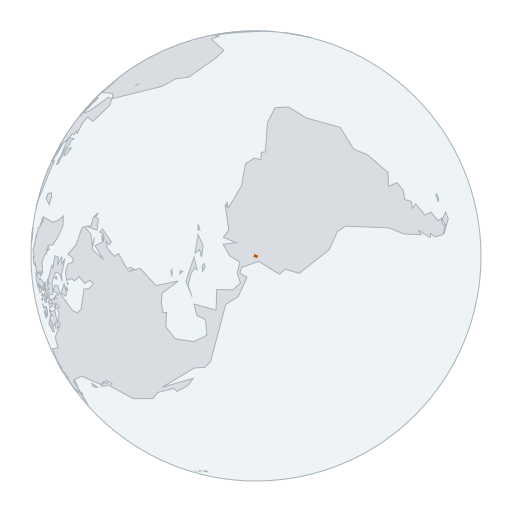 Quindío highlighted on a globe, orthographic projection, rotated 264°
{"feature_id": "COL-1400", "entity_name": "Quindío", "entity_type": "Department", "adm_level": 1, "iso_a3": "COL", "parent_name": "Colombia", "parent_adm1": "", "projection": "orthographic", "projection_center": [-75.678, 4.399], "detail": "fine", "context": "on_globe", "style": "filled", "palette": "amber", "viewbox_px": 512, "rotation_deg": 264, "n_neighbors": 0, "source": "natural_earth", "source_scale": "10m", "svg_char_len": 7946}
<svg xmlns="http://www.w3.org/2000/svg" viewBox="0 0 512 512"><g transform="rotate(264 256 256)"><circle cx="256" cy="256" r="225" fill="#eef3f6" stroke="#a8b0b8"/><path d="M246.3,240.6L240.9,238.2L235.7,244.8L217.5,234.0L211.1,220.8L156.2,200.0L150.7,193.5L151.0,182.8L135.3,149.0L140.9,180.8L134.3,174.6L129.5,163.3L132.9,160.5L130.6,144.3L125.0,138.5L126.9,119.4L142.6,96.2L144.0,99.5L147.6,94.2L146.1,90.0L144.2,88.6L154.7,70.0L152.1,62.4L143.9,65.3L151.5,61.2L131.0,71.0L124.9,73.5L136.4,67.7L141.0,65.0L139.1,64.7L143.5,62.0L145.1,60.5L150.5,57.5L156.8,55.2L160.4,53.4L158.8,53.4L163.3,51.0L165.0,51.1L172.9,47.1L184.9,44.0L185.2,49.5L196.3,47.8L208.6,54.2L212.0,52.1L218.7,54.2L225.2,52.8L225.6,55.0L230.4,52.1L228.8,50.3L230.3,48.6L234.0,47.8L235.2,50.3L233.5,51.1L235.8,51.5L234.8,53.2L237.3,51.9L238.3,55.5L242.8,50.9L248.1,53.0L247.3,55.8L240.3,56.7L221.1,67.7L218.2,72.0L221.0,76.4L241.2,81.5L240.9,86.2L245.6,91.7L249.0,88.1L246.6,82.7L254.1,78.1L250.2,72.8L252.7,70.4L251.6,65.1L259.3,64.9L267.6,67.7L268.9,72.4L272.6,74.1L277.5,69.2L286.0,78.3L301.9,85.7L303.3,88.6L294.9,94.0L279.2,94.3L268.3,104.0L283.1,97.0L286.3,105.5L290.0,106.9L294.4,106.4L296.2,103.1L298.9,106.2L285.2,113.6L282.6,110.8L286.9,108.3L279.6,108.8L270.4,115.1L272.8,119.6L256.5,126.5L257.9,130.0L255.2,133.9L253.9,127.6L255.8,139.5L237.0,153.5L239.3,175.9L228.7,158.7L219.8,157.0L209.2,157.7L209.3,161.2L195.0,158.9L182.1,167.0L177.3,185.0L182.3,198.9L198.2,199.1L203.0,191.1L214.7,189.3L206.3,210.7L226.8,213.4L224.7,229.5L230.7,237.8L240.9,235.5L251.5,239.3L259.0,229.8L271.1,224.5L271.4,237.6L278.0,225.5L284.8,231.7L308.8,230.7L307.0,233.8L327.2,248.9L348.7,255.2L353.7,264.8L351.1,270.8L358.5,272.3L358.6,276.2L387.3,281.3L401.5,290.5L400.7,304.1L388.1,320.2L375.1,353.1L352.0,364.4L345.1,377.3L325.2,396.1L311.4,395.0L314.3,403.9L305.8,409.4L296.5,409.9L294.0,416.2L287.1,416.4L291.1,420.4L279.0,428.3L281.3,434.6L272.2,440.8L274.0,444.3L270.9,444.2L267.4,445.5L266.8,447.5L257.8,444.2L256.2,436.1L260.2,431.9L256.1,431.2L264.6,420.2L259.9,422.4L262.5,405.4L270.1,391.0L276.4,348.1L271.8,339.5L254.7,329.5L234.2,297.1L239.9,283.6L235.4,277.4L250.3,258.2L246.3,240.6ZM46.1,186.0L47.8,181.0L47.5,184.1L46.1,186.0ZM48.3,178.0L47.8,179.7L48.2,178.3L48.3,178.0ZM48.3,177.1L48.3,177.7L48.1,177.5L48.3,177.1ZM47.9,176.5L48.2,176.6L48.1,176.8L47.9,176.5ZM238.2,183.7L261.5,194.3L248.3,196.0L250.8,193.8L244.9,189.4L233.8,185.4L222.2,188.1L238.2,183.7ZM48.2,174.0L48.3,173.3L48.7,172.8L48.2,174.0ZM248.5,170.9L244.4,170.2L248.4,170.0L248.5,170.9ZM142.7,88.6L145.6,90.3L145.4,95.4L142.4,94.2L142.7,88.6ZM143.8,80.1L146.4,79.7L142.2,84.6L142.0,83.3L143.8,80.1ZM137.1,68.4L138.6,68.5L135.6,69.5L137.1,68.4ZM144.4,60.9L142.5,61.9L144.1,60.8L144.4,60.9ZM247.4,65.7L249.4,65.4L248.6,66.5L247.4,65.7ZM244.9,63.9L242.5,65.4L240.9,64.8L242.5,63.8L244.9,63.9ZM153.9,55.4L157.0,53.7L154.9,54.9L153.9,55.4ZM248.3,62.2L238.5,63.5L235.9,62.5L239.6,58.2L248.3,62.2ZM170.7,47.5L166.6,49.2L164.5,50.3L163.0,50.9L159.6,52.4L163.0,50.8L170.7,47.5ZM226.7,50.2L228.6,51.9L223.6,51.3L226.7,50.2ZM223.1,50.2L205.7,52.0L204.7,49.4L210.7,49.1L206.7,46.9L214.8,44.7L218.9,45.4L217.9,47.4L221.7,45.2L223.1,50.2ZM186.2,41.8L185.2,42.1L184.3,42.4L186.2,41.8ZM230.5,47.9L227.1,48.2L226.0,45.9L232.7,44.8L230.9,45.9L230.5,47.9ZM201.7,47.6L202.1,46.0L208.8,43.7L209.8,42.8L215.0,44.4L201.7,47.6ZM233.0,46.0L236.1,44.4L240.0,44.9L233.8,47.4L233.0,46.0ZM222.9,45.9L222.7,44.9L225.0,45.0L222.9,45.9ZM255.3,46.5L251.2,46.5L250.3,45.3L255.3,46.5ZM237.0,43.8L235.7,43.7L234.9,43.3L237.7,42.4L237.0,43.8ZM219.3,42.9L222.0,42.4L217.5,42.1L222.3,40.7L224.9,42.2L225.8,41.0L227.3,40.6L227.7,42.3L219.3,42.9ZM238.0,40.6L242.9,42.6L250.7,42.6L251.8,43.6L239.0,43.5L238.0,40.6ZM231.9,41.4L235.9,41.0L235.2,42.2L232.0,43.3L231.9,41.4ZM224.7,39.4L216.6,41.1L216.4,40.8L224.7,39.4ZM240.4,40.3L239.2,39.8L241.1,40.1L240.4,40.3ZM229.7,39.3L226.9,39.8L226.6,39.4L229.7,39.3ZM239.0,38.7L240.6,39.2L238.5,39.8L239.0,38.7ZM234.9,38.7L235.2,38.1L236.8,39.7L233.7,39.0L234.9,38.7ZM229.9,38.8L228.8,38.7L231.1,38.6L229.9,38.8ZM246.1,36.5L248.7,38.4L244.0,39.5L242.2,37.4L246.1,36.5ZM272.7,451.0L258.4,445.4L266.5,448.0L272.8,444.9L280.0,449.1L272.7,451.0ZM290.8,443.0L297.7,441.2L299.1,442.1L294.7,443.6L290.8,443.0ZM421.6,103.3L413.2,95.4L417.7,100.1L427.0,109.4L427.6,110.0L427.3,109.7L433.5,117.3L428.4,111.2L416.3,100.1L417.4,105.1L429.3,125.8L427.7,128.9L421.6,126.7L406.8,107.8L411.9,103.3L406.7,97.6L396.7,91.0L399.1,90.5L395.7,87.6L396.7,86.1L389.4,78.1L389.1,76.5L377.7,68.3L376.0,66.7L383.3,71.8L388.2,74.9L386.5,72.4L384.8,71.2L397.9,81.0L410.1,91.7L421.6,103.3ZM365.3,59.0L356.8,54.6L352.8,52.6L365.3,59.0ZM346.8,49.9L346.3,49.6L359.0,55.8L363.9,58.5L368.0,60.6L381.6,69.3L384.0,71.4L370.2,63.1L372.1,65.7L360.5,59.0L333.4,44.7L327.2,42.3L346.8,49.9ZM467.6,333.2L471.6,321.2L475.7,306.0L467.6,333.2ZM477.3,298.1L478.7,289.8L480.2,262.0L480.3,245.3L479.3,239.1L478.2,241.8L476.5,234.4L475.3,235.0L463.8,245.5L457.0,236.7L440.9,207.7L440.6,194.5L434.6,180.6L427.5,129.6L432.6,130.6L434.5,120.9L435.9,121.9L442.8,132.1L448.5,139.0L456.6,153.4L463.6,168.4L469.4,183.9L474.1,199.7L477.7,215.9L480.0,232.3L481.2,248.8L481.1,265.3L479.8,281.8L477.3,298.1ZM437.7,153.6L439.7,157.7L437.7,153.6ZM309.5,230.5L312.4,233.0L308.6,233.2L309.5,230.5ZM246.5,201.3L251.5,201.5L254.0,203.5L250.3,204.2L246.5,201.3ZM287.9,200.9L293.5,201.9L287.7,203.0L287.9,200.9ZM265.2,195.7L283.3,200.6L272.0,204.5L260.6,201.7L268.4,200.4L265.2,195.7ZM246.2,178.3L249.3,179.2L248.4,181.5L246.2,178.3ZM251.4,170.9L250.2,171.1L248.6,169.3L251.4,170.9ZM287.1,105.0L288.2,104.6L292.7,104.8L290.7,106.2L287.1,105.0ZM311.6,98.4L315.4,103.6L311.4,100.5L309.4,103.1L298.3,100.5L303.4,90.0L303.0,95.0L311.6,98.4ZM284.9,94.9L291.4,97.2L284.1,95.2L284.9,94.9ZM375.5,75.4L378.8,76.4L382.7,79.9L382.9,83.8L377.3,78.7L375.5,75.4ZM382.5,77.3L368.7,69.1L367.9,66.9L370.7,69.4L371.6,68.8L376.3,72.7L389.1,79.5L393.3,83.1L391.5,87.3L389.8,83.7L386.7,82.6L382.5,77.3ZM334.6,57.8L328.7,55.9L334.8,53.4L339.7,55.6L340.3,59.2L334.9,58.8L334.6,57.8ZM256.7,55.2L254.0,55.8L253.7,54.9L255.7,53.7L256.7,55.2ZM253.5,46.6L268.1,52.1L265.8,52.9L277.2,56.0L275.4,59.6L268.1,57.3L275.3,62.8L268.0,62.1L273.5,65.8L257.4,60.4L251.1,60.6L258.8,58.9L260.6,55.5L259.5,54.1L251.6,50.6L239.0,50.0L238.8,47.2L241.9,45.4L244.9,45.0L244.1,46.8L248.7,45.2L249.9,47.6L253.5,46.6ZM279.3,34.5L277.2,35.2L286.5,35.1L287.7,36.3L288.7,36.3L292.4,37.6L298.6,39.3L298.1,39.8L300.8,40.3L303.3,41.4L306.7,42.4L307.1,43.9L311.3,45.3L309.1,45.3L316.3,47.4L311.1,46.6L313.8,48.4L317.4,48.3L310.8,57.5L312.1,63.1L316.0,68.6L306.5,67.3L296.8,61.8L288.3,55.2L288.4,50.4L284.1,51.1L282.9,49.1L286.8,49.4L280.1,47.9L280.1,46.5L272.6,42.7L262.8,42.1L259.8,41.0L263.6,40.5L257.9,39.8L263.2,38.4L261.2,37.7L264.3,35.9L272.9,35.9L270.0,35.2L272.2,34.2L279.3,34.5ZM247.3,36.0L257.3,35.0L262.9,35.4L255.1,38.5L256.2,39.3L251.4,42.0L243.4,41.5L245.5,40.7L245.7,39.9L248.1,40.4L246.3,39.4L249.2,38.4L248.6,37.5L252.0,37.3L247.3,36.0ZM433.1,117.7L433.4,117.7L432.9,116.7L436.8,121.8L433.1,117.7ZM425.2,110.2L424.8,109.2L430.1,115.2L429.7,115.5L425.2,110.2ZM420.1,103.9L424.4,108.7L421.9,106.2L420.1,103.9ZM382.5,70.8L381.5,69.9L383.2,70.9L385.8,72.8L382.5,70.8ZM307.3,37.1L305.2,36.8L303.9,36.5L296.4,35.2L294.9,34.6L298.8,35.1L307.3,37.1ZM304.5,36.2L301.6,35.7L302.6,35.8L304.5,36.2ZM293.4,34.2L293.9,34.1L293.8,34.4L293.4,34.2Z" fill="#d9dde1" stroke="#a8b0b8" stroke-width="1"/><path d="M257.1,254.8L257.0,255.0L256.8,255.2L256.7,255.3L256.6,255.6L256.4,255.9L256.3,256.2L256.3,256.4L256.3,256.5L256.2,256.6L256.0,256.8L255.9,256.9L255.9,257.0L255.7,257.3L255.6,257.2L255.4,257.1L255.4,256.9L255.4,256.7L255.5,256.6L255.6,256.4L255.6,256.2L255.3,255.9L255.2,255.9L255.3,255.8L255.2,255.7L255.2,255.4L255.3,255.3L255.3,255.2L255.7,255.0L255.8,255.0L255.9,254.9L255.9,254.7L256.0,254.8L256.4,254.8L256.6,254.8L256.8,254.9L257.0,254.8L257.1,254.8Z" fill="#f59e0b" stroke="#b45309" stroke-width="1.5"/></g></svg>